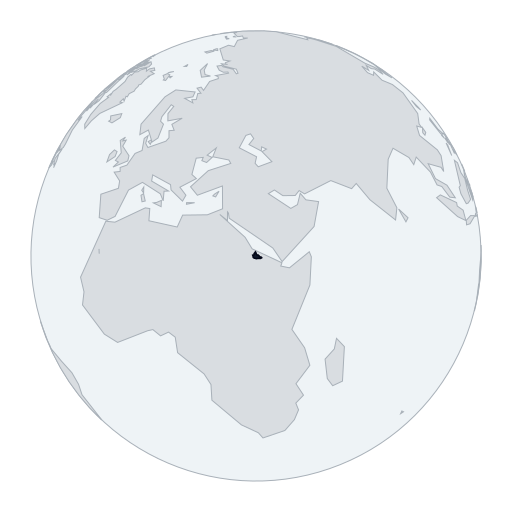 the Earth from above Anseba, rotated 338°
{"feature_id": "ERI-1563", "entity_name": "Anseba", "entity_type": "Region", "adm_level": 1, "iso_a3": "ERI", "parent_name": "Eritrea", "parent_adm1": "", "projection": "orthographic", "projection_center": [37.716, 16.542], "detail": "fine", "context": "on_globe", "style": "filled", "palette": "ink", "viewbox_px": 512, "rotation_deg": 338, "n_neighbors": 0, "source": "natural_earth", "source_scale": "10m", "svg_char_len": 10772}
<svg xmlns="http://www.w3.org/2000/svg" viewBox="0 0 512 512"><g transform="rotate(338 256 256)"><circle cx="256" cy="256" r="225" fill="#eef3f6" stroke="#a8b0b8"/><path d="M199.2,38.0L198.2,38.3L193.3,39.6L196.1,39.0L201.0,37.7L203.9,37.2L203.3,37.6L196.9,39.1L196.2,39.1L194.0,39.8L191.1,40.5L192.2,40.4L184.5,42.6L191.2,41.1L184.3,43.6L179.4,44.9L181.3,43.8L178.1,44.6L199.2,38.0ZM141.7,61.9L142.7,61.3L151.3,56.6L153.5,55.6L161.8,51.8L159.1,53.6L151.9,57.8L144.9,61.3L141.6,63.5L147.1,61.6L132.9,70.4L121.5,80.6L118.0,83.2L113.2,84.5L116.2,80.0L110.4,84.1L125.6,72.3L141.7,61.9ZM110.2,84.3L112.5,83.2L103.7,90.7L101.6,92.9L101.2,93.8L104.0,91.8L100.6,95.0L96.9,96.7L99.9,93.7L101.1,93.0L102.4,91.3L101.0,92.5L110.2,84.3ZM31.6,235.7L31.4,241.3L31.0,252.0L30.8,256.9L31.2,261.0L31.2,264.8L36.2,280.5L41.6,295.3L43.4,308.5L42.7,319.5L51.1,348.4L51.5,350.4L45.0,334.9L39.7,318.9L35.6,302.6L32.7,286.0L31.1,269.3L30.7,252.5L31.6,235.7ZM162.7,51.1L162.2,51.5L161.0,52.0L162.7,51.1ZM166.8,49.3L165.6,49.7L167.4,48.9L168.0,48.7L166.8,49.3ZM167.8,49.1L170.6,47.6L173.7,46.3L178.9,44.5L167.8,49.1ZM202.8,37.2L197.6,38.5L202.5,37.2L202.8,37.2ZM227.8,32.5L226.5,32.7L220.7,33.6L216.2,34.3L218.9,34.0L205.2,36.6L208.9,35.7L227.8,32.5ZM299.8,35.0L299.5,35.1L297.8,34.7L299.8,35.0ZM205.4,36.9L206.9,36.4L213.4,35.1L211.5,36.0L210.0,36.0L205.4,36.9ZM236.2,31.6L237.8,31.5L227.1,32.7L229.5,32.3L236.2,31.6ZM208.3,36.5L210.4,36.5L206.8,37.5L204.3,37.3L208.3,36.5ZM215.9,34.5L218.9,34.1L216.6,34.6L215.9,34.5ZM195.2,42.0L196.9,40.9L200.4,40.1L195.2,42.0ZM211.4,36.4L212.7,36.1L214.2,35.8L214.9,36.0L211.4,36.4ZM227.8,32.8L226.7,33.1L232.1,32.3L232.2,32.7L225.0,33.5L228.2,33.3L222.3,34.0L227.8,32.8ZM220.3,35.5L211.2,37.2L207.3,39.1L204.0,39.8L211.0,36.7L220.3,35.5ZM222.0,34.5L220.2,35.2L217.1,35.4L216.4,35.2L222.0,34.5ZM234.8,32.7L236.5,31.9L238.0,31.8L234.8,32.7ZM219.7,35.9L221.9,35.5L219.8,36.0L219.7,35.9ZM230.9,33.5L231.3,33.2L233.0,33.0L230.9,33.5ZM226.0,35.1L223.1,35.6L222.5,35.3L226.0,35.1ZM228.7,34.3L231.0,34.3L224.0,34.9L228.6,34.2L228.7,34.3ZM232.4,33.4L233.5,33.3L232.0,33.6L232.4,33.4ZM229.8,36.3L221.3,37.2L220.0,36.4L228.5,35.5L229.8,36.3ZM348.8,50.7L346.8,49.8L350.2,51.5L357.5,55.0L358.6,55.5L368.2,62.6L385.0,74.9L384.8,72.9L390.1,76.0L409.0,91.8L429.2,118.0L436.3,125.1L440.3,130.6L441.9,135.2L436.1,127.1L433.0,125.4L429.6,120.6L430.1,126.2L425.2,119.6L428.1,127.8L432.7,132.5L434.1,129.4L438.7,140.2L446.7,148.1L453.4,159.8L459.3,184.5L456.7,194.6L457.7,198.8L453.7,195.7L452.8,205.5L463.9,225.5L465.2,232.3L461.7,248.0L460.8,243.1L450.2,234.9L451.4,251.5L459.6,261.9L462.6,276.7L457.7,274.0L454.3,261.2L450.5,257.9L449.2,243.6L441.6,224.3L436.5,230.4L434.7,222.0L423.4,207.4L414.8,215.8L402.7,242.2L404.7,264.0L398.9,274.9L382.7,246.5L376.1,226.3L369.9,229.4L353.6,214.1L324.3,216.6L320.5,211.5L315.0,214.6L303.5,210.1L297.8,201.7L290.8,202.8L306.1,224.9L313.7,223.9L320.5,214.4L323.3,222.6L334.4,229.0L320.9,250.4L278.1,271.0L274.6,254.9L245.3,210.9L246.5,206.0L246.4,205.4L246.1,204.4L242.8,212.5L238.0,203.9L252.9,234.6L255.1,247.9L277.5,272.0L275.2,274.6L282.6,279.5L307.0,272.0L307.0,277.5L295.1,303.1L261.8,337.5L266.7,359.3L265.0,377.5L245.2,389.4L247.9,402.8L237.8,407.3L237.8,414.6L230.3,422.1L217.4,428.6L194.3,427.3L192.0,420.8L179.2,407.1L161.1,373.2L166.1,358.3L163.7,345.9L147.1,316.3L150.7,301.0L146.4,293.8L137.6,294.3L132.8,285.6L127.5,284.7L95.3,284.3L86.1,271.6L76.8,236.4L83.1,224.8L85.4,209.9L129.8,167.5L137.9,171.8L171.4,169.9L175.3,172.2L169.9,183.2L193.8,199.6L203.3,190.6L226.4,199.6L242.7,199.7L251.1,178.5L224.4,177.7L221.2,167.3L243.7,159.0L267.3,160.7L266.8,156.8L253.1,147.8L259.7,140.9L248.5,144.2L252.2,148.2L245.2,150.8L241.5,147.3L244.0,144.8L237.2,142.9L227.1,156.4L229.7,161.9L211.2,163.7L213.8,173.4L208.4,177.6L202.0,162.9L203.5,157.8L190.6,142.1L187.3,147.4L199.3,163.0L195.0,161.5L190.6,170.1L190.6,162.5L178.3,145.2L162.5,147.1L140.2,166.5L131.4,167.1L125.0,161.7L135.3,140.6L153.8,141.7L157.7,135.3L155.9,125.1L161.7,126.7L163.2,123.0L170.3,123.4L182.3,115.6L189.9,115.5L196.4,105.1L201.1,103.9L195.9,110.2L196.4,114.9L215.4,115.8L219.6,113.8L222.3,107.2L227.2,108.8L227.3,102.4L239.2,100.6L224.9,97.7L227.7,91.0L235.8,86.5L234.1,84.0L220.9,91.6L218.0,95.3L219.6,99.1L209.3,109.9L202.3,111.4L203.4,98.9L193.7,100.0L198.8,90.7L231.3,74.3L243.9,72.0L261.0,81.1L257.1,84.8L248.9,83.1L254.8,90.4L255.1,87.0L259.2,88.6L262.9,83.5L265.9,84.5L264.2,78.3L268.4,78.9L269.4,82.8L278.4,76.8L287.5,77.4L288.1,75.6L286.1,73.6L299.0,76.2L298.9,74.9L294.6,73.4L291.5,70.0L291.0,65.3L295.5,66.4L296.3,68.2L304.7,74.3L306.0,79.7L307.8,79.8L307.7,75.4L297.5,67.9L296.0,64.8L301.4,67.8L299.3,66.4L300.0,65.3L304.8,65.4L299.1,62.0L300.1,50.4L309.5,50.3L314.3,53.7L319.7,49.1L330.0,50.8L326.0,49.2L325.9,46.9L322.7,46.3L320.8,45.5L319.1,41.1L322.2,41.5L317.0,39.3L314.9,38.7L312.3,38.1L306.3,36.4L327.9,42.5L348.8,50.7ZM113.1,190.6L111.6,194.9L111.5,195.0L113.1,190.6ZM291.5,174.1L306.1,174.5L300.7,161.5L305.8,160.8L302.1,156.9L300.2,160.6L291.2,150.0L297.9,146.2L296.7,140.7L291.8,140.4L281.0,149.4L293.7,164.2L289.9,169.7L291.5,174.1ZM103.9,90.5L104.1,90.5L103.0,92.0L102.1,92.5L103.9,90.5ZM106.8,93.1L101.4,98.3L104.6,94.7L102.3,96.0L106.1,90.4L116.4,84.2L111.1,87.8L106.8,93.1ZM114.2,82.2L110.5,85.8L114.1,82.1L114.2,82.2ZM164.5,104.6L166.3,107.1L162.6,111.0L153.0,112.9L158.2,107.1L164.5,104.6ZM169.7,109.9L173.4,98.0L179.5,96.9L175.5,99.4L179.1,99.9L173.6,104.2L175.8,115.5L172.7,119.8L156.7,120.0L163.6,117.3L161.4,114.7L169.7,109.9ZM172.1,75.3L173.8,71.7L184.9,73.7L182.0,76.9L172.3,78.6L169.9,75.8L172.1,75.3ZM176.4,47.0L176.4,46.6L178.1,46.0L179.6,45.9L176.4,47.0ZM195.7,41.6L178.6,48.4L177.6,48.1L168.7,53.2L162.7,54.8L168.7,51.3L157.5,56.8L160.4,54.3L153.1,58.2L167.0,50.3L169.3,48.8L169.0,49.7L174.4,48.2L177.5,47.1L187.7,43.1L195.2,39.8L201.8,38.3L204.4,38.2L203.6,38.7L199.6,39.4L201.4,39.7L195.0,41.1L195.7,41.6ZM231.7,46.0L227.3,45.1L229.9,48.8L223.5,49.0L224.2,49.5L219.0,50.9L213.8,53.6L211.2,53.5L210.3,54.6L206.9,55.9L204.8,57.5L199.2,58.0L196.3,60.2L195.3,59.2L191.7,63.0L191.9,60.5L187.5,62.3L189.6,63.8L164.6,65.3L154.0,69.0L145.0,73.7L146.6,69.6L155.9,62.8L168.7,56.2L178.7,53.7L177.6,52.6L182.0,51.3L181.1,52.7L185.2,49.8L188.6,49.1L200.0,45.1L203.9,42.1L208.1,40.8L208.3,41.8L212.4,40.0L215.7,41.0L218.8,40.3L225.1,40.9L223.6,43.6L227.2,42.6L232.2,43.5L231.7,46.0ZM231.4,36.5L231.1,38.9L227.5,40.5L218.1,38.8L214.8,39.4L208.6,39.0L214.0,37.0L215.3,37.2L217.8,36.9L215.1,37.7L219.1,36.9L221.0,37.3L224.6,37.0L223.5,37.8L231.4,36.5ZM180.7,168.3L183.9,169.1L189.1,169.0L186.5,174.7L180.7,168.3ZM172.1,156.6L175.1,156.1L173.9,163.5L170.6,163.0L172.1,156.6ZM177.8,150.0L175.4,155.5L174.7,152.2L177.8,150.0ZM198.9,109.6L202.2,109.1L202.2,110.6L199.8,112.9L198.9,109.6ZM237.9,59.4L236.0,58.1L237.3,57.5L237.5,53.8L242.2,53.7L244.0,55.8L237.9,59.4ZM246.0,182.1L240.7,186.1L238.5,184.1L240.7,183.1L246.0,182.1ZM211.7,180.5L219.1,183.6L210.9,182.0L211.7,180.5ZM243.1,58.7L242.7,57.1L245.3,58.0L243.1,58.7ZM245.7,53.4L249.0,54.2L242.8,53.2L245.7,53.4ZM333.2,454.3L334.4,455.7L331.0,456.4L333.2,454.3ZM304.0,373.1L289.3,404.4L278.5,405.0L276.2,396.3L281.4,377.5L293.8,371.5L299.8,362.5L304.0,373.1ZM475.6,301.5L476.3,301.0L476.0,302.1L475.6,301.5ZM475.0,299.5L476.2,298.2L474.4,302.0L475.0,299.5ZM476.6,297.7L477.7,294.1L478.2,291.7L477.9,294.0L476.6,297.7ZM474.0,300.6L466.5,306.3L462.9,306.0L464.3,301.7L470.1,298.9L474.0,300.6ZM463.9,301.8L457.7,295.0L445.3,269.6L449.8,268.4L462.0,281.6L461.3,285.1L465.2,291.1L463.9,301.8ZM476.9,274.0L476.2,283.9L472.5,286.4L470.6,286.3L469.3,275.1L470.1,268.3L471.8,267.3L475.8,241.6L477.8,245.1L477.2,255.4L478.6,262.3L476.9,274.0ZM405.8,265.8L411.3,277.5L407.8,280.5L405.8,265.8ZM475.3,225.2L475.1,236.2L474.6,222.4L475.3,225.2ZM473.7,212.9L474.8,217.4L473.3,213.7L473.7,212.9ZM459.7,205.0L457.9,207.3L456.8,204.2L458.4,199.4L459.7,205.0ZM458.5,170.0L462.3,179.1L463.4,182.4L460.7,177.5L458.5,170.0ZM283.2,59.4L277.6,64.3L276.7,68.7L281.2,72.1L272.5,69.8L273.8,63.0L283.2,59.4ZM297.5,51.2L293.5,48.9L296.8,49.0L298.1,49.5L297.5,51.2ZM294.1,50.4L286.4,49.5L285.1,47.7L291.4,48.7L294.1,50.4ZM264.7,52.9L262.7,54.3L260.6,53.4L264.7,52.9ZM437.8,389.0L442.5,382.3L451.9,365.4L452.4,365.1L458.0,352.9L466.6,336.0L468.8,330.1L462.7,345.6L455.5,360.7L447.2,375.2L437.8,389.0ZM477.9,295.2L477.1,299.1L478.2,293.3L477.9,295.2ZM480.8,270.9L480.8,269.9L480.9,268.9L480.8,270.9ZM479.3,263.5L479.6,268.9L480.6,263.2L479.8,270.1L479.8,278.7L479.3,282.9L479.5,273.4L478.4,284.9L477.9,285.5L478.3,276.5L479.1,264.2L479.6,258.7L481.0,253.4L479.3,263.5ZM481.3,255.7L481.2,252.5L481.1,247.6L481.2,248.8L481.3,255.7ZM480.0,237.6L478.6,231.1L478.4,235.4L477.8,221.9L479.5,230.3L480.0,237.6ZM477.2,221.6L477.1,225.4L476.5,217.9L477.2,221.6ZM476.4,223.1L475.3,217.9L476.0,217.7L476.4,223.1ZM477.5,221.2L475.7,211.8L477.0,216.7L477.5,221.2ZM472.2,206.4L475.5,213.1L473.1,212.0L468.0,194.9L468.7,193.4L472.2,206.4ZM444.8,134.3L441.9,130.2L441.1,128.4L443.3,131.7L444.8,134.3ZM436.3,120.9L439.9,126.6L442.7,132.6L444.1,133.9L448.8,141.8L444.2,135.9L438.9,126.3L437.6,123.3L433.0,117.1L429.3,112.2L423.3,105.3L420.3,101.9L424.8,106.8L436.3,120.9ZM417.2,98.7L417.4,98.8L416.8,98.3L420.7,102.5L408.9,90.8L409.4,91.0L417.2,98.7ZM406.2,88.2L405.5,87.8L386.6,73.6L382.8,70.8L397.5,80.8L397.6,81.1L402.1,84.8L406.2,88.2ZM301.9,35.5L299.7,35.1L301.2,35.4L301.9,35.5ZM319.0,45.2L316.7,44.1L318.6,44.2L319.0,45.2ZM311.2,41.4L310.7,42.1L309.4,40.9L311.2,41.4ZM309.9,43.9L309.6,42.1L312.6,44.5L309.9,43.9Z" fill="#d9dde1" stroke="#a8b0b8" stroke-width="1"/><path d="M256.6,252.5L256.7,252.4L256.9,252.3L257.1,252.1L257.2,252.6L257.1,254.2L257.0,254.4L257.0,254.5L257.2,254.8L257.3,254.9L257.3,255.1L257.2,255.3L257.2,255.5L257.3,255.6L258.3,255.8L258.3,256.0L258.5,256.3L258.6,256.5L258.8,256.8L259.0,257.1L259.0,257.3L259.0,257.5L258.9,257.8L259.0,258.1L259.1,258.3L259.3,258.4L259.4,258.5L259.6,258.6L260.1,258.6L260.6,259.3L260.7,259.8L260.3,259.9L260.2,259.8L259.7,259.9L259.0,259.9L258.8,259.9L258.7,259.6L258.4,259.3L258.3,259.2L258.1,259.2L257.9,259.2L257.7,259.3L257.1,259.1L256.9,259.0L256.8,258.9L256.7,258.9L256.4,258.9L256.1,258.7L255.9,258.7L255.7,258.7L255.4,258.7L255.2,258.5L254.9,258.4L254.7,258.1L254.6,257.9L254.2,257.7L253.7,257.5L253.6,257.4L253.5,257.2L253.4,257.2L253.3,256.9L253.3,256.7L253.2,256.6L253.1,256.4L252.9,256.3L252.9,256.2L252.9,255.9L252.9,255.7L253.0,255.5L253.1,255.4L253.2,255.1L253.3,254.9L253.3,254.7L253.2,254.5L253.2,254.4L253.3,254.3L253.3,254.2L253.2,254.0L253.2,253.9L253.3,253.9L253.4,254.0L253.5,254.0L253.8,254.1L254.0,254.1L254.4,254.0L254.5,254.0L254.8,254.1L255.0,253.8L255.1,253.7L255.2,253.4L255.2,253.2L255.2,252.9L255.7,252.8L255.9,252.8L256.0,252.7L256.2,252.4L256.3,252.3L256.5,252.5L256.6,252.5Z" fill="#0f172a" stroke="#020617" stroke-width="1.5"/></g></svg>